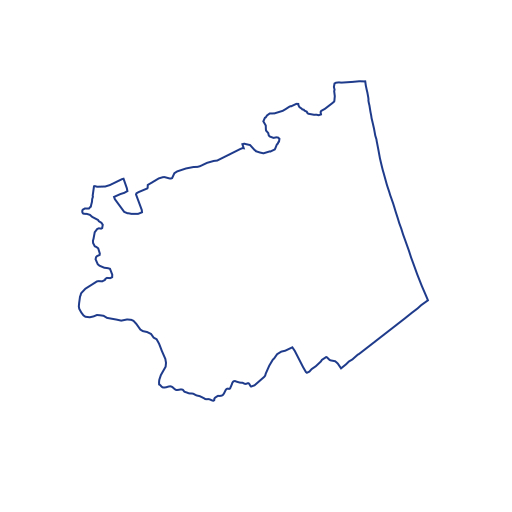 outline of Taxisco, Santa Rosa, Guatemala, rotated 241°
{"feature_id": "79465075B64159565485617", "entity_name": "Taxisco", "entity_type": "district", "adm_level": 2, "iso_a3": "GTM", "parent_name": "Guatemala", "parent_adm1": "Santa Rosa", "projection": "orthographic", "projection_center": [-90.543, 14.04], "detail": "fine", "context": "isolated", "style": "outline", "palette": "blue", "viewbox_px": 512, "rotation_deg": 241, "n_neighbors": 0, "source": "geoboundaries", "source_scale": "gbopen_adm2", "svg_char_len": 5404}
<svg xmlns="http://www.w3.org/2000/svg" viewBox="0 0 512 512"><g transform="rotate(241 256 256)"><path d="M116.5,275.9L117.6,282.2L118.7,286.1L118.8,290.1L120.4,297.3L120.3,298.1L120.7,300.9L129.2,355.6L130.8,364.9L131.8,371.9L132.9,376.5L133.9,384.9L138.4,385.4L149.5,386.5L154.8,387.2L161.7,388.1L167.3,389.0L174.2,390.1L179.4,390.9L186.5,392.3L198.0,394.2L203.6,395.1L209.4,396.3L215.2,397.2L220.3,398.3L224.9,399.2L227.4,399.7L232.0,400.7L235.9,401.5L238.4,401.9L241.8,402.5L243.8,402.8L248.0,403.7L252.9,404.6L255.3,405.1L266.9,407.9L269.2,408.4L272.6,409.3L278.0,410.8L281.5,411.8L289.5,414.5L295.0,416.3L297.8,417.2L299.7,417.9L303.5,418.7L310.0,420.9L315.5,422.5L320.5,423.9L322.9,424.8L326.9,426.1L332.4,428.1L335.2,428.9L336.4,429.3L337.5,429.7L338.6,430.4L340.4,431.1L344.8,432.6L348.0,433.5L351.9,434.7L355.8,436.2L356.7,434.5L358.7,431.2L361.4,425.0L366.2,414.8L367.7,412.6L368.8,409.9L368.8,408.3L366.1,406.1L363.3,405.3L362.3,404.3L357.6,402.4L354.2,400.1L353.2,399.3L352.7,396.9L351.3,387.6L351.3,383.4L350.6,382.3L348.3,381.5L348.8,379.0L350.1,377.6L351.4,375.2L355.1,370.7L356.5,370.2L357.6,370.4L359.6,368.9L360.8,368.7L361.7,367.6L362.9,367.3L365.1,366.2L367.2,366.2L368.5,366.7L369.5,365.1L369.9,359.3L370.3,358.8L370.4,357.4L370.1,353.2L370.0,349.8L371.8,341.2L374.0,337.1L373.6,333.8L372.5,331.7L372.6,330.8L370.2,327.7L365.4,327.8L362.1,326.1L360.8,325.6L357.6,326.3L355.2,325.6L353.8,326.0L350.8,328.6L349.9,331.4L348.8,332.8L347.1,333.3L344.8,331.5L344.7,330.6L343.7,329.6L343.5,328.4L340.9,325.2L340.1,324.1L340.4,319.2L340.8,318.8L342.2,312.3L344.6,309.6L347.7,306.7L348.5,306.7L349.1,306.2L355.9,304.6L359.3,300.8L359.9,300.2L360.2,299.2L360.4,298.3L356.2,297.5L356.9,296.6L357.2,293.9L358.3,268.3L359.6,265.2L361.2,258.4L361.7,250.5L362.3,248.1L364.2,244.3L366.5,237.2L368.2,228.1L368.0,224.8L367.5,224.1L364.8,220.4L364.9,219.6L365.1,219.0L365.4,218.5L365.8,217.9L366.8,216.9L369.4,214.2L370.1,212.7L371.0,208.6L370.6,195.8L369.7,195.2L368.8,194.7L368.2,194.3L367.8,193.7L368.8,184.4L368.8,181.9L368.0,180.9L351.6,178.4L349.5,177.5L350.0,173.4L353.3,167.4L354.7,165.8L355.3,165.0L355.7,164.3L358.5,162.1L374.2,160.1L376.5,160.5L375.9,167.5L375.1,171.4L375.1,175.0L377.9,175.9L387.8,177.6L388.2,175.9L388.9,162.5L389.9,157.7L390.2,157.2L393.6,150.6L395.3,148.9L395.5,148.1L387.8,142.3L386.9,142.1L385.2,140.3L383.8,139.4L382.8,138.7L380.8,136.8L379.2,135.4L379.1,134.3L378.5,133.1L378.7,132.5L380.5,129.4L380.5,126.9L380.0,126.2L379.3,125.7L378.3,125.3L377.2,125.3L376.7,125.6L376.2,126.3L375.5,127.3L374.9,128.4L372.5,130.7L370.7,131.3L369.6,131.7L364.1,135.3L362.6,135.4L360.0,136.9L357.6,137.1L355.0,135.0L355.0,133.8L356.4,132.0L356.6,130.2L355.0,126.5L349.8,122.2L348.4,120.8L346.3,119.8L342.7,119.7L342.1,120.1L341.4,120.7L339.2,121.7L333.9,120.6L332.7,119.7L333.0,116.9L332.5,115.5L330.9,114.1L325.5,113.6L323.4,114.4L319.3,117.6L317.2,120.5L315.6,122.1L309.3,121.2L307.2,119.9L307.3,117.8L309.1,115.0L309.0,113.2L308.3,112.2L308.4,109.2L310.3,106.2L310.9,104.6L310.1,90.9L308.4,85.5L308.1,85.0L307.5,84.2L306.9,83.8L305.8,82.4L300.6,78.5L297.8,76.6L295.5,75.8L291.3,75.8L287.7,76.3L285.6,77.3L283.0,80.9L281.9,84.7L281.5,88.3L279.8,90.8L277.6,93.7L274.1,95.7L267.9,103.3L264.8,106.8L263.0,112.5L261.5,114.7L260.6,116.0L258.7,117.4L254.7,118.4L247.7,119.2L245.2,120.6L242.3,123.9L238.7,126.4L234.2,126.9L231.4,128.7L226.3,128.7L220.4,127.9L219.3,127.7L209.9,126.8L206.2,125.5L203.0,123.3L198.0,115.1L195.8,112.7L194.8,111.6L193.8,110.8L192.4,109.9L190.6,109.0L190.1,109.4L188.9,109.8L188.2,109.9L187.5,110.1L186.8,110.4L186.1,110.9L185.4,112.1L185.1,112.9L184.8,113.6L184.5,114.9L184.3,115.9L184.1,116.6L183.7,117.6L183.3,118.3L182.8,118.6L182.3,119.1L181.5,119.5L180.8,119.7L180.0,120.0L179.2,120.3L178.7,120.5L177.8,121.0L177.3,121.6L176.8,122.6L176.6,123.1L176.4,123.7L176.2,124.3L175.9,125.2L175.7,125.7L175.1,126.5L174.5,127.1L173.9,127.3L173.0,127.4L172.3,127.5L171.6,127.9L171.1,128.4L170.7,128.8L170.1,129.3L169.7,129.7L169.0,130.2L168.2,131.0L167.6,131.9L167.3,132.5L166.7,133.4L166.1,134.2L165.3,134.8L164.3,135.4L163.3,136.1L162.7,136.6L161.8,137.6L161.2,138.3L160.5,139.0L159.6,139.6L158.5,140.4L157.6,141.0L156.4,141.8L155.7,142.1L155.2,142.6L154.7,143.4L154.4,143.9L154.1,144.7L153.6,145.4L153.1,145.9L152.7,146.3L152.1,146.7L151.6,147.1L150.8,147.7L150.1,148.5L150.1,149.5L150.9,150.1L151.5,150.5L151.9,151.5L152.0,152.6L152.1,153.9L152.1,155.0L151.7,155.6L151.3,156.2L151.0,156.9L150.6,158.0L150.5,158.5L150.5,159.5L150.8,160.4L151.1,160.9L151.6,161.8L152.3,162.8L153.0,163.8L153.4,164.4L153.8,165.2L153.9,166.2L153.7,167.0L153.2,167.6L152.8,168.0L152.7,169.0L153.0,169.5L153.6,170.2L153.9,170.6L154.2,171.1L154.6,171.5L155.5,172.7L156.2,173.4L156.7,174.1L157.2,175.1L157.2,176.1L156.8,177.0L155.5,178.1L154.7,178.9L153.9,179.7L153.2,180.4L152.8,180.9L152.5,181.4L152.2,181.9L151.8,182.6L151.1,183.2L150.3,183.7L149.8,184.1L149.2,184.8L149.0,185.3L148.8,186.4L148.7,187.2L148.3,187.8L147.3,188.1L146.1,188.1L145.2,188.1L144.2,188.4L143.6,192.0L146.3,204.6L146.9,206.0L148.5,207.6L153.7,214.5L157.2,220.5L157.6,222.2L159.9,226.9L160.1,231.8L159.0,235.6L158.5,243.5L154.3,243.9L136.0,243.3L130.3,243.4L129.2,243.9L129.0,246.6L130.1,249.8L130.6,254.9L132.3,261.6L133.2,263.3L133.6,268.4L133.0,268.9L132.4,269.1L131.0,269.5L129.4,270.0L128.6,270.6L125.6,274.2L123.8,274.9L122.2,275.4L116.5,275.9Z" fill="none" stroke="#1e3a8a" stroke-width="2"/></g></svg>